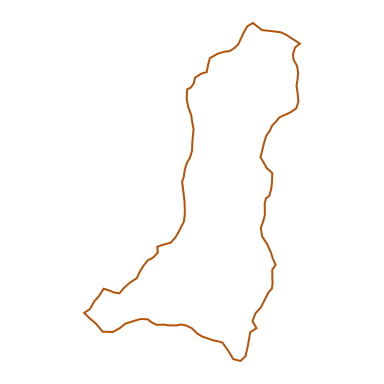 outline of Uru, São Paulo, Brazil
{"feature_id": "56859067B88945605204641", "entity_name": "Uru", "entity_type": "district", "adm_level": 2, "iso_a3": "BRA", "parent_name": "Brazil", "parent_adm1": "São Paulo", "projection": "natural_earth1", "projection_center": [-49.301, -21.76], "detail": "fine", "context": "isolated", "style": "outline", "palette": "amber", "viewbox_px": 384, "rotation_deg": 0, "n_neighbors": 0, "source": "geoboundaries", "source_scale": "gbopen_adm2", "svg_char_len": 1780}
<svg xmlns="http://www.w3.org/2000/svg" viewBox="0 0 384 384"><path d="M233.3,359.1L240.4,361.0L245.4,356.4L247.7,346.8L250.2,332.2L256.5,328.2L252.5,321.2L255.5,313.2L260.7,307.7L268.5,292.3L271.9,288.5L272.6,283.0L272.3,278.1L272.3,269.7L275.6,264.9L272.9,258.8L271.0,252.7L267.2,244.2L262.2,236.5L260.8,227.8L263.1,221.7L264.9,214.8L264.7,203.7L265.9,198.4L269.4,195.7L271.3,188.5L272.0,182.1L272.3,173.1L266.9,168.2L260.5,157.2L262.1,150.9L264.2,142.4L266.3,135.7L269.6,131.0L272.3,125.4L276.1,121.5L279.6,117.3L284.4,115.1L289.8,112.7L296.1,108.5L298.4,101.9L297.8,94.6L296.5,85.7L297.5,79.7L298.1,72.9L297.1,66.0L293.5,59.7L293.0,54.1L295.1,47.5L299.8,43.6L293.9,39.8L285.7,34.5L280.7,32.3L275.6,31.6L262.1,30.1L258.2,27.1L252.9,23.0L247.4,26.2L243.7,32.6L240.2,40.1L238.2,44.5L234.4,48.0L229.5,51.2L224.6,51.6L217.5,53.8L209.9,58.1L208.1,64.8L206.7,72.1L201.4,73.6L195.0,77.7L193.9,83.1L190.9,87.5L187.1,89.4L186.7,98.7L188.2,106.9L191.2,114.9L192.3,122.7L193.6,129.1L192.9,135.5L192.3,143.2L192.1,150.4L189.9,157.9L186.9,162.8L184.8,169.5L183.8,176.9L182.1,181.7L183.0,188.7L184.5,201.3L184.8,209.3L184.7,215.3L183.8,221.9L181.7,225.9L178.9,231.5L175.3,237.6L170.7,242.7L162.0,245.0L157.3,246.9L157.8,252.7L152.8,257.8L147.7,260.4L143.5,265.7L139.9,271.5L136.8,278.2L133.0,280.6L129.5,283.0L123.5,288.4L119.5,293.3L114.1,292.5L109.0,290.4L103.6,288.7L98.9,296.2L94.1,301.5L90.1,308.9L84.2,312.9L90.1,318.7L95.8,323.5L102.7,331.7L112.7,332.0L119.7,328.2L125.4,323.6L130.5,322.1L135.9,320.3L140.8,319.0L147.7,319.3L151.4,322.2L156.5,324.8L163.5,324.6L169.6,325.4L176.7,325.4L180.9,324.5L186.5,325.6L191.9,328.3L196.9,333.3L202.1,336.5L206.7,338.0L212.7,340.2L217.5,341.2L222.4,342.6L225.1,346.3L228.4,351.1L233.3,359.1Z" fill="none" stroke="#b45309" stroke-width="2"/></svg>